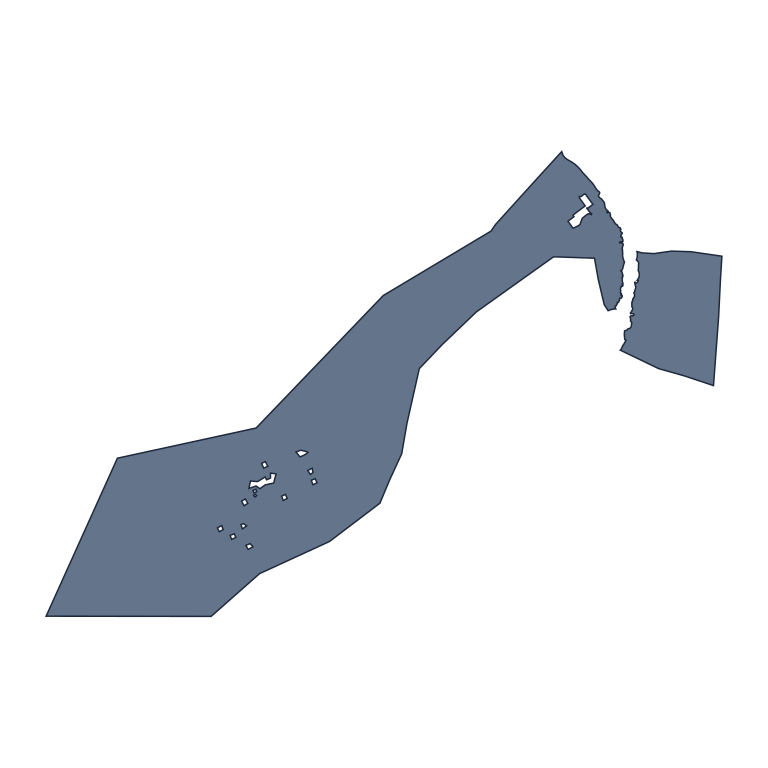 outline of Zemam Out, Al Jizah, Egypt
{"feature_id": "37247803B81980397210132", "entity_name": "Zemam Out", "entity_type": "district", "adm_level": 2, "iso_a3": "EGY", "parent_name": "Egypt", "parent_adm1": "Al Jizah", "projection": "robinson", "projection_center": [30.957, 29.003], "detail": "fine", "context": "isolated", "style": "filled", "palette": "slate", "viewbox_px": 768, "rotation_deg": 0, "n_neighbors": 0, "source": "geoboundaries", "source_scale": "gbopen_adm2", "svg_char_len": 6074}
<svg xmlns="http://www.w3.org/2000/svg" viewBox="0 0 768 768"><path d="M607.7,210.6L606.3,209.7L605.0,207.2L604.8,205.6L604.4,202.7L603.7,201.7L602.9,200.8L601.5,198.9L601.0,198.6L600.4,198.3L599.7,197.7L598.7,196.5L598.5,195.4L598.8,194.8L599.2,194.3L599.6,193.4L599.7,192.7L599.5,192.1L598.8,191.4L597.9,191.0L597.5,190.3L596.6,189.4L596.4,189.1L595.8,188.2L593.5,184.6L592.6,183.4L590.9,181.5L588.1,178.6L585.9,175.9L584.9,175.1L583.9,173.8L583.0,173.0L580.4,169.6L577.6,166.6L575.1,164.4L571.7,162.0L567.5,159.6L566.3,158.8L565.1,157.8L563.3,155.8L563.0,155.1L561.7,151.6L545.1,169.8L530.8,185.5L495.6,224.4L491.0,231.1L383.3,295.5L256.1,428.0L117.4,458.2L46.1,616.2L211.1,616.4L259.6,573.6L329.5,541.5L379.9,503.2L389.8,479.6L401.7,453.8L407.0,423.2L419.3,368.6L442.2,344.6L476.5,311.8L553.6,256.8L594.5,258.2L598.1,278.7L604.2,304.6L608.1,310.7L610.1,309.9L613.1,309.1L615.8,308.9L615.4,308.3L615.1,308.2L615.1,307.8L615.5,306.6L615.2,306.1L616.3,305.7L616.7,304.6L617.2,303.9L617.3,303.4L617.4,302.4L618.0,302.7L617.9,302.9L618.6,302.1L619.1,300.8L619.7,299.8L619.4,299.3L619.8,298.1L620.2,298.1L621.3,298.1L621.6,297.5L622.1,296.9L622.3,296.3L622.1,295.4L621.9,295.2L621.6,295.2L621.2,295.4L621.0,295.2L621.1,294.6L621.4,294.0L621.3,293.4L620.5,293.2L620.3,292.4L620.7,291.3L620.8,290.5L620.4,289.5L620.4,289.1L620.7,287.9L621.2,287.1L621.3,286.8L621.1,286.4L621.4,286.0L622.2,286.3L622.5,286.2L622.8,285.8L622.9,285.5L623.0,284.8L622.6,284.5L622.3,284.4L622.2,284.2L622.3,284.0L622.7,283.9L623.0,283.2L622.5,282.2L622.3,281.0L622.3,278.2L622.6,277.2L622.4,277.2L622.8,276.7L622.5,275.9L622.5,275.4L622.7,274.9L622.4,273.8L622.5,273.9L622.1,272.5L621.7,271.3L621.0,271.2L620.7,270.8L621.1,270.3L621.8,270.3L622.4,269.4L622.8,268.2L623.4,265.6L624.5,262.0L624.1,261.6L623.7,260.0L623.3,259.0L623.7,258.9L623.3,258.9L623.1,258.6L622.5,255.0L622.8,253.7L622.7,253.2L622.6,251.9L622.5,251.3L622.6,250.5L622.4,249.9L622.4,249.1L622.2,249.1L622.2,248.9L622.2,248.1L622.4,247.6L622.8,245.7L623.2,245.1L623.1,244.4L623.2,244.2L622.5,243.0L621.0,242.8L620.6,242.9L620.0,242.9L619.6,242.8L619.5,242.6L619.6,242.3L620.0,242.0L622.7,241.5L623.0,241.3L623.0,241.0L622.8,240.7L622.7,240.2L622.8,239.7L622.8,239.3L622.3,238.8L622.2,238.4L622.3,238.1L622.3,237.6L622.1,237.2L621.0,237.1L620.8,236.8L620.7,236.4L621.0,235.7L621.2,234.4L622.1,233.8L622.3,233.1L621.8,232.5L621.0,231.9L620.6,231.4L620.4,230.4L620.9,229.5L620.6,228.6L620.0,227.6L619.7,227.5L619.1,227.6L618.7,227.4L617.9,226.3L617.5,225.3L617.1,224.8L616.2,224.4L615.8,223.9L615.3,223.8L615.0,223.1L614.2,221.8L613.8,221.7L613.8,221.3L613.6,220.6L613.4,220.3L611.6,218.6L611.6,218.2L611.2,217.7L610.3,216.4L610.2,215.8L610.5,215.2L610.4,214.5L610.1,213.9L609.9,213.4L610.0,212.9L609.0,212.3L608.8,212.4L608.2,211.9L607.3,212.8L607.0,212.5L607.6,211.9L607.2,211.5L607.4,211.1L607.9,210.9L607.7,210.6ZM582.5,218.1L581.9,219.1L580.1,224.1L579.8,224.6L579.2,225.0L579.1,225.3L575.2,227.3L573.0,228.2L568.0,221.2L573.1,217.3L573.9,216.8L574.0,216.7L573.0,215.4L573.1,215.0L585.2,205.9L579.4,197.9L579.3,197.7L579.5,196.8L579.4,196.5L580.3,196.7L581.0,196.6L583.9,194.3L584.8,194.0L585.3,194.0L592.2,203.4L592.8,204.2L592.9,204.3L588.3,207.9L588.0,208.0L587.1,207.9L586.7,208.1L590.3,213.0L590.2,213.5L590.7,213.7L591.2,213.4L591.6,213.5L591.3,214.6L588.7,213.8L587.9,213.9L584.9,216.1L582.5,218.1ZM274.5,479.7L273.8,483.0L265.2,484.9L259.9,488.7L256.1,486.0L248.9,488.4L250.5,481.0L257.6,481.6L265.1,477.0L266.6,479.8L270.5,478.1L270.5,473.1L276.1,473.9L274.5,479.7ZM304.0,455.2L300.0,456.9L296.0,452.0L300.8,450.2L307.2,451.8L308.0,452.6L304.0,455.2ZM267.8,466.3L263.7,468.2L261.6,463.4L265.4,461.6L267.8,466.3ZM247.8,503.4L244.1,505.7L241.6,501.2L245.3,498.9L247.8,503.4ZM252.9,546.8L248.1,549.4L245.9,545.4L250.2,543.6L252.9,546.8ZM317.0,482.7L312.9,484.8L311.3,480.2L315.2,478.7L317.0,482.7ZM223.2,529.6L219.3,531.7L217.4,527.9L221.7,525.6L223.2,529.6ZM287.2,498.4L283.3,500.5L281.6,496.2L285.5,494.4L287.2,498.4ZM235.9,537.4L231.6,539.4L230.1,535.4L234.2,533.8L235.9,537.4ZM313.0,472.5L310.3,474.5L307.8,470.5L312.2,468.2L313.0,472.5ZM246.7,525.9L242.4,528.9L240.9,524.6L243.4,523.6L246.7,525.9ZM256.8,491.7L253.9,492.9L253.0,490.5L255.9,489.3L256.8,491.7ZM256.6,495.5L255.6,496.8L254.2,496.5L253.6,495.3L255.5,494.3L256.6,495.5ZM721.9,256.2L690.8,251.7L671.4,251.1L654.1,253.6L642.1,252.9L636.9,251.5L636.9,251.8L637.2,252.5L637.3,253.1L637.3,254.8L637.2,256.8L636.9,258.7L636.6,259.1L636.6,259.3L636.4,259.5L636.4,259.9L637.1,260.8L637.4,260.9L637.7,261.3L638.1,261.6L638.7,263.1L638.6,264.2L638.5,264.3L638.5,267.3L638.4,267.8L638.5,268.4L638.2,269.8L638.2,270.4L638.3,270.7L639.0,272.4L639.2,272.9L639.3,274.2L639.3,275.5L638.9,277.2L638.5,278.3L637.9,279.0L637.9,279.3L637.1,280.3L638.2,280.6L638.1,281.3L637.5,282.2L636.5,283.1L635.0,282.7L634.9,282.3L634.7,282.6L635.3,285.5L635.5,285.9L635.8,287.2L635.6,288.3L634.8,290.9L634.5,292.1L633.8,292.9L634.0,293.5L634.6,294.0L634.4,295.2L634.7,295.9L634.7,296.1L634.1,297.3L633.8,297.4L632.7,299.3L633.0,299.8L632.4,301.1L632.3,301.8L632.0,301.8L631.9,302.5L631.9,303.2L631.8,304.0L631.9,305.5L631.8,306.6L632.5,307.8L632.8,308.4L632.5,309.4L632.2,310.4L631.7,311.1L631.5,311.4L630.8,312.5L630.4,313.1L630.5,313.4L630.6,313.6L631.1,313.3L631.1,313.2L631.4,313.3L631.9,313.7L632.1,313.7L633.3,313.8L633.8,314.1L633.9,314.7L633.8,315.2L633.5,315.6L632.7,315.8L631.8,315.8L631.0,315.8L630.5,316.2L630.3,316.8L630.1,316.8L630.1,317.0L630.1,317.4L630.5,318.4L630.5,319.0L630.7,319.4L630.7,320.3L630.5,320.9L630.5,321.2L630.7,321.4L631.3,321.8L631.7,322.4L631.7,322.8L631.6,323.6L631.4,325.5L631.0,327.1L630.6,327.7L629.6,328.4L629.0,328.7L628.3,328.6L627.8,329.1L627.2,329.7L626.1,330.4L625.6,330.6L625.0,330.7L624.5,331.0L624.6,331.4L624.5,332.5L624.3,333.3L624.3,334.2L624.7,339.3L624.9,339.6L625.3,339.8L625.9,340.0L626.0,340.4L625.5,341.1L625.1,342.0L624.6,342.8L623.8,344.2L623.1,345.1L621.8,347.6L621.6,348.4L621.0,349.6L620.3,350.2L658.8,368.7L683.7,375.7L713.5,385.6L718.6,317.3L720.5,278.8L721.9,256.2Z" fill="#64748b" stroke="#1e293b" stroke-width="1.5"/></svg>